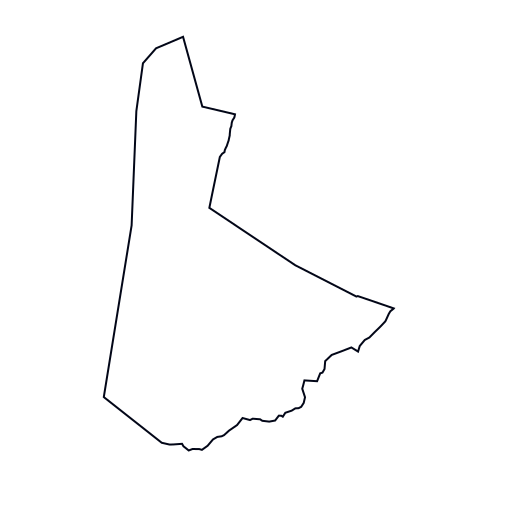 the district of Choppin, Anse-la-Raye, Saint Lucia, rotated 190°
{"feature_id": "8701671B98444413378484", "entity_name": "Choppin", "entity_type": "district", "adm_level": 2, "iso_a3": "LCA", "parent_name": "Saint Lucia", "parent_adm1": "Anse-la-Raye", "projection": "mercator", "projection_center": [-60.989, 13.954], "detail": "fine", "context": "isolated", "style": "outline", "palette": "ink", "viewbox_px": 512, "rotation_deg": 190, "n_neighbors": 0, "source": "geoboundaries", "source_scale": "gbopen_adm2", "svg_char_len": 1351}
<svg xmlns="http://www.w3.org/2000/svg" viewBox="0 0 512 512"><g transform="rotate(190 256 256)"><path d="M400.8,426.2L399.0,377.9L383.8,264.5L381.4,90.7L381.2,90.6L380.6,90.2L316.4,55.7L308.4,55.3L304.9,56.0L296.2,58.2L294.4,56.0L292.3,54.9L288.5,52.8L285.0,54.9L278.4,56.0L275.6,55.7L270.7,60.7L266.5,67.9L262.7,71.1L258.5,72.5L256.4,74.0L252.2,79.4L245.3,86.2L241.1,94.1L233.4,93.4L231.0,95.2L223.6,95.9L221.2,94.8L214.2,95.2L208.6,97.3L205.8,102.7L203.4,103.1L201.7,102.4L199.9,106.7L194.0,109.9L190.8,112.8L187.7,113.5L187.4,113.7L185.3,115.3L183.5,119.6L183.2,125.4L187.4,133.3L187.0,137.6L186.7,141.9L174.1,143.3L172.4,151.6L170.3,152.7L168.9,156.6L169.6,164.5L164.3,171.7L155.6,176.8L146.2,182.5L138.9,179.6L138.2,185.4L134.3,192.2L130.2,195.4L126.0,201.5L121.8,207.3L120.9,208.6L120.1,209.8L117.3,214.1L116.9,215.4L115.2,222.0L114.1,224.9L111.3,228.1L111.2,228.3L121.8,230.0L148.8,234.2L149.7,233.7L150.1,233.5L215.7,253.7L235.5,262.4L310.3,295.3L309.9,310.0L308.8,347.3L307.1,350.8L305.1,352.8L305.1,354.9L304.4,357.7L304.0,358.8L303.9,359.2L303.3,363.3L303.0,365.0L303.0,366.4L302.8,370.1L303.0,371.5L303.4,376.8L302.9,379.3L302.8,379.5L303.0,382.7L303.0,383.5L302.9,383.9L302.7,385.5L301.4,388.6L301.3,390.3L301.3,391.5L301.3,391.9L334.8,393.8L365.9,459.2L390.5,443.2L400.8,426.2Z" fill="none" stroke="#020617" stroke-width="2"/></g></svg>